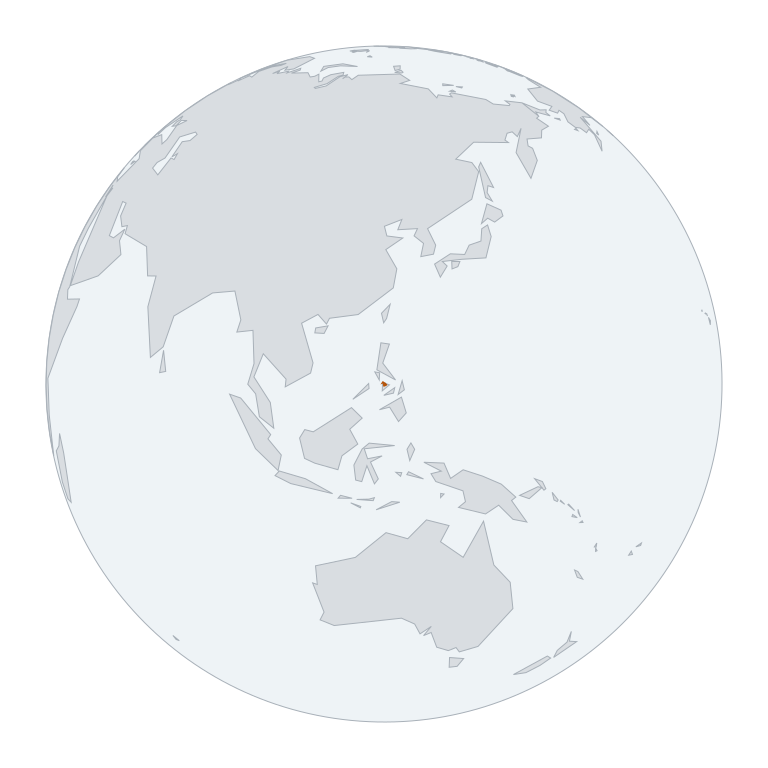 globe centered on Aklan, rotated 7°
{"feature_id": "PHL-2525", "entity_name": "Aklan", "entity_type": "Province", "adm_level": 1, "iso_a3": "PHL", "parent_name": "Philippines", "parent_adm1": "", "projection": "orthographic", "projection_center": [122.165, 11.627], "detail": "fine", "context": "on_globe", "style": "filled", "palette": "amber", "viewbox_px": 768, "rotation_deg": 7, "n_neighbors": 0, "source": "natural_earth", "source_scale": "10m", "svg_char_len": 9863}
<svg xmlns="http://www.w3.org/2000/svg" viewBox="0 0 768 768"><g transform="rotate(7 384 384)"><circle cx="384" cy="384" r="338" fill="#eef3f6" stroke="#a8b0b8"/><path d="M658.9,510.4L658.5,512.7L658.2,513.1L658.9,510.4ZM569.8,101.7L557.3,94.4L548.4,94.4L556.9,102.2L546.2,95.3L569.8,116.6L572.1,126.4L562.5,110.9L556.2,106.2L554.4,109.9L547.5,106.0L542.7,106.0L534.6,101.4L529.6,93.8L524.3,91.0L523.3,94.0L514.6,92.1L516.8,88.0L501.9,84.5L490.8,73.7L503.3,70.4L490.3,64.4L487.3,62.3L516.0,72.9L543.5,86.1L569.8,101.7ZM700.7,285.5L697.9,278.3L700.2,281.3L700.7,285.5ZM695.8,275.0L696.8,277.2L695.9,275.6L695.8,275.0ZM694.8,274.6L695.5,274.9L695.0,275.3L694.8,274.6ZM693.7,275.0L694.2,274.5L694.3,274.8L693.7,275.0ZM691.1,273.4L690.4,272.7L690.5,271.5L691.1,273.4ZM581.4,109.7L576.9,106.6L574.3,104.8L576.4,106.2L581.4,109.7ZM564.5,109.3L564.6,107.3L566.8,110.8L564.5,109.3ZM543.4,106.9L545.6,108.9L542.1,108.1L543.4,106.9ZM526.7,100.6L520.5,99.3L525.9,99.2L526.7,100.6ZM516.3,97.6L501.5,95.5L505.0,99.4L486.7,88.1L505.4,93.0L511.5,92.1L511.6,94.8L516.3,97.6ZM485.0,61.5L483.8,61.2L476.9,59.1L485.0,61.5ZM476.6,59.0L478.0,59.8L465.7,56.4L462.1,55.3L465.0,55.9L476.6,59.0ZM463.3,55.5L458.3,54.4L459.1,54.5L463.3,55.5ZM479.0,82.7L474.6,81.4L478.2,81.4L479.0,82.7ZM484.4,61.9L481.6,61.5L470.8,58.6L468.3,58.2L465.2,56.3L484.4,61.9ZM457.6,54.2L456.7,54.0L454.1,53.4L455.2,53.7L457.6,54.2ZM435.8,50.1L434.4,49.9L434.7,49.9L435.8,50.1ZM457.9,54.7L454.0,53.8L458.6,55.2L450.7,53.6L450.1,52.9L447.0,52.6L444.6,52.1L446.8,52.1L457.9,54.7ZM433.1,49.7L431.2,49.5L428.8,49.1L433.1,49.7ZM440.2,51.0L434.6,50.0L437.3,50.3L442.9,51.3L440.2,51.0ZM445.6,53.0L457.8,55.6L457.5,55.8L445.6,53.0ZM427.5,49.0L428.4,49.2L426.4,48.9L427.5,49.0ZM439.4,51.5L443.8,52.3L443.3,52.4L439.4,51.5ZM426.6,49.3L425.5,48.9L429.2,49.4L426.6,49.3ZM432.0,50.2L430.4,50.3L431.2,49.7L434.1,50.5L432.0,50.2ZM438.3,51.5L439.4,51.9L436.5,51.2L438.3,51.5ZM413.1,48.3L413.3,47.6L421.6,48.3L420.3,48.8L413.1,48.3ZM99.9,201.0L94.4,210.9L94.4,215.3L113.5,190.2L113.8,182.1L124.5,168.1L133.0,163.6L134.4,172.8L138.7,167.9L146.8,152.7L156.4,146.5L150.7,147.1L146.2,153.0L142.5,154.0L146.4,148.9L149.6,146.5L151.8,142.4L135.9,156.1L129.6,163.6L129.7,161.5L119.2,174.2L117.5,176.3L134.7,155.9L153.4,137.0L173.6,119.6L195.1,103.8L192.1,106.2L194.6,104.9L205.1,98.4L201.9,101.1L213.0,94.4L215.4,95.5L221.7,89.0L234.2,82.9L242.8,80.4L248.0,77.6L234.1,82.0L227.5,85.1L220.0,89.3L203.1,98.6L202.9,98.7L225.2,85.7L248.5,74.4L270.4,68.1L275.3,69.2L256.0,82.3L247.4,84.6L250.0,80.6L235.6,89.4L242.5,86.2L239.9,89.0L251.1,85.2L249.8,87.1L262.9,80.8L262.5,82.7L254.2,86.7L270.6,84.3L273.3,88.3L277.7,87.0L281.6,84.4L282.4,92.0L285.6,90.8L286.6,87.7L293.5,83.5L306.1,79.6L305.7,82.4L301.1,84.2L290.9,92.8L278.7,98.1L279.8,99.0L290.3,95.2L302.8,84.4L310.5,81.3L305.7,86.1L308.0,84.1L311.7,83.5L315.0,85.8L320.8,80.7L362.0,74.4L372.5,79.5L363.6,83.7L392.0,85.7L401.6,93.6L402.5,90.4L416.6,90.7L413.8,88.2L415.3,86.8L450.4,89.2L458.3,92.8L474.4,92.4L474.9,91.1L469.9,88.2L486.7,88.1L505.0,99.4L503.1,101.6L515.8,108.1L509.6,112.8L510.3,120.5L496.1,123.4L498.0,130.1L502.8,132.0L508.9,143.4L504.8,162.0L486.9,138.2L488.9,113.5L486.2,122.2L480.5,118.1L475.6,120.1L474.3,127.1L478.1,129.2L443.5,133.1L427.8,152.1L444.2,153.5L452.1,161.7L448.6,189.9L408.3,224.5L418.4,239.9L417.3,249.1L405.0,253.1L406.1,239.6L395.8,233.3L398.3,225.7L378.9,229.2L381.7,218.5L365.2,227.4L368.8,236.7L384.9,236.8L369.4,250.4L382.7,268.1L381.5,287.5L349.9,318.2L321.9,325.4L319.6,331.5L310.0,323.0L294.8,333.7L311.0,371.7L309.8,382.1L286.3,398.9L286.2,391.1L260.5,368.7L254.0,392.8L273.4,416.2L280.0,441.3L264.3,431.7L257.8,409.4L248.8,400.8L252.5,379.6L247.4,346.7L231.6,350.4L234.1,337.8L224.7,309.9L202.8,314.5L167.2,342.1L160.3,374.0L148.9,386.1L140.2,336.1L144.6,304.6L136.2,305.5L131.6,276.5L108.7,266.4L110.0,258.0L104.7,259.8L102.1,249.3L106.0,235.9L102.4,234.7L93.3,270.2L97.7,271.9L107.9,261.9L104.0,274.0L107.1,287.6L87.1,311.5L60.7,324.6L65.9,300.3L86.1,230.9L89.8,224.6L90.2,223.9L91.0,222.4L84.8,232.3L90.9,219.5L71.7,265.2L65.1,284.3L60.2,325.8L58.7,328.9L59.5,338.4L71.4,336.7L69.8,344.5L59.4,377.9L49.7,419.3L55.5,455.5L62.4,484.8L65.0,495.4L58.0,472.9L52.6,449.9L48.8,426.6L46.6,403.1L46.1,379.5L47.3,355.9L50.0,332.4L54.5,309.2L60.5,286.4L68.1,264.1L77.2,242.3L87.9,221.2L99.9,201.0ZM128.0,197.9L134.0,204.0L145.1,185.6L148.3,186.8L150.9,180.6L145.8,184.4L154.2,168.1L161.8,166.0L168.1,159.1L166.3,156.9L151.1,163.7L139.1,186.4L131.8,191.8L128.0,197.9ZM402.0,46.6L402.7,46.6L392.5,46.3L394.3,46.4L386.0,46.8L372.7,46.9L375.7,47.2L369.5,48.1L358.3,48.8L363.9,47.8L347.4,49.6L348.7,48.7L346.7,49.0L343.3,48.9L335.7,49.7L337.9,49.3L334.0,49.8L332.5,50.0L367.1,46.5L402.0,46.6ZM425.0,48.6L425.5,48.6L421.4,48.2L419.9,48.1L417.3,47.7L418.2,47.9L412.6,47.5L411.8,47.7L406.8,47.3L410.5,48.3L394.3,47.6L387.0,47.0L404.5,46.8L404.3,46.7L408.3,47.0L425.0,48.6ZM309.5,57.7L313.9,56.3L315.5,56.2L327.6,53.9L327.7,54.9L320.4,56.7L309.5,57.7ZM109.7,193.3L105.8,197.0L107.5,193.8L108.5,193.1L109.7,193.3ZM112.4,182.9L112.6,182.7L108.7,188.3L111.0,184.9L112.4,182.9ZM311.6,58.4L316.6,57.2L313.5,58.6L311.6,58.4ZM328.3,55.7L325.8,57.0L329.1,54.8L328.3,55.7ZM205.1,659.3L212.1,663.7L208.8,662.9L205.1,659.3ZM74.5,491.6L87.9,539.5L84.3,536.5L76.7,520.4L66.9,490.3L68.9,485.1L68.0,472.6L74.5,491.6ZM365.4,506.0L375.9,508.4L375.6,509.8L365.4,506.0ZM354.4,499.8L366.3,501.3L352.4,502.9L354.4,499.8ZM370.9,501.9L383.1,500.1L388.3,498.0L387.5,501.1L370.9,501.9ZM346.4,499.1L303.6,494.2L287.0,488.2L290.7,483.1L317.6,487.6L346.4,499.1ZM289.4,482.8L264.3,463.8L232.0,412.9L243.5,415.4L277.7,448.0L275.5,452.6L290.7,467.0L289.4,482.8ZM351.0,460.4L348.7,474.7L324.9,471.0L314.2,467.5L306.8,447.9L310.9,438.9L319.6,440.1L354.6,411.4L366.5,420.5L355.5,433.1L365.3,446.8L351.0,460.4ZM161.1,377.4L165.8,398.1L159.9,400.1L161.1,377.4ZM369.7,390.3L354.9,403.0L368.7,385.4L369.7,390.3ZM378.3,373.4L378.8,380.6L373.4,373.1L378.3,373.4ZM318.4,341.1L309.1,341.7L309.4,336.7L321.4,333.1L318.4,341.1ZM380.4,304.1L378.6,318.6L376.2,323.3L372.9,314.1L380.4,304.1ZM319.0,72.1L302.1,73.5L290.0,76.7L283.2,81.2L285.5,76.1L304.2,71.2L319.0,72.1ZM356.7,73.5L362.6,70.5L364.9,72.2L363.9,73.1L356.7,73.5ZM356.8,71.5L354.8,67.5L361.3,66.2L361.6,69.5L356.8,71.5ZM332.5,61.0L327.5,61.2L330.1,59.9L332.5,61.0ZM579.3,634.1L582.8,635.7L573.1,644.3L560.0,653.2L547.9,656.6L579.3,634.1ZM483.2,657.2L482.4,647.5L496.5,646.8L491.0,655.3L483.2,657.2ZM588.5,627.2L597.1,617.9L600.1,606.7L599.4,616.7L606.6,616.2L585.7,634.7L588.5,627.2ZM429.9,614.3L364.0,629.8L349.3,625.9L352.3,617.7L337.4,590.1L342.2,591.1L338.2,572.8L376.7,559.6L404.1,531.3L426.4,534.7L442.7,513.7L465.8,516.6L459.3,533.7L483.7,546.4L499.5,508.0L515.1,550.3L533.4,565.4L539.3,591.2L509.3,633.0L491.4,640.7L487.6,636.8L480.3,640.8L468.4,638.8L461.1,624.9L453.9,628.9L460.5,618.8L450.2,627.6L443.7,618.5L429.9,614.3ZM595.8,545.4L599.3,546.5L605.1,553.5L599.4,552.3L595.8,545.4ZM649.8,519.7L651.4,522.9L647.7,524.1L649.8,519.7ZM658.2,513.1L653.8,514.9L658.9,510.4L658.2,513.1ZM614.0,520.9L615.8,523.5L614.4,524.4L614.0,520.9ZM612.6,520.1L614.6,515.9L614.4,520.1L612.6,520.1ZM595.3,497.7L597.4,495.6L598.4,497.2L595.3,497.7ZM391.5,509.8L406.0,499.8L414.1,499.4L391.5,509.8ZM592.1,493.1L586.7,492.7L587.2,490.5L592.1,493.1ZM592.4,487.9L591.8,484.7L595.2,492.1L592.4,487.9ZM581.9,480.7L588.6,486.4L581.2,481.4L581.9,480.7ZM578.0,481.4L573.2,478.8L573.5,477.9L578.0,481.4ZM524.8,484.1L542.6,503.6L528.5,502.6L512.6,490.3L500.6,500.6L473.0,497.4L479.2,490.9L475.4,480.4L447.3,474.5L441.6,467.3L451.5,463.5L433.1,456.8L453.2,455.2L461.6,469.6L473.0,459.5L493.0,463.4L512.6,469.1L528.6,480.2L524.8,484.1ZM453.6,485.7L457.0,485.9L454.0,489.9L453.6,485.7ZM564.1,471.0L571.0,477.9L570.2,479.6L566.9,478.4L564.1,471.0ZM532.2,478.0L549.3,467.2L553.4,467.6L542.1,480.1L532.2,478.0ZM545.0,459.6L553.1,461.5L557.4,468.2L555.7,469.9L545.0,459.6ZM412.4,469.8L411.7,473.6L406.5,470.2L412.4,469.8ZM419.1,468.1L434.8,473.4L417.7,471.2L419.1,468.1ZM372.3,450.7L376.8,460.2L390.9,455.6L380.1,463.1L389.9,478.9L386.7,484.3L377.0,467.2L373.8,483.6L367.6,482.8L364.0,468.1L370.2,451.2L376.5,444.5L402.1,443.8L372.3,450.7ZM418.9,456.9L414.8,446.0L417.9,439.2L422.4,445.1L418.9,456.9ZM403.0,419.5L392.4,406.3L382.6,410.1L402.9,394.9L409.6,410.0L403.0,419.5ZM394.5,391.9L385.2,395.3L395.1,386.3L394.5,391.9ZM383.1,391.0L382.4,382.4L389.5,384.2L383.1,391.0ZM399.3,392.7L401.6,378.5L404.9,387.3L399.3,392.7ZM380.2,363.4L395.0,378.6L375.2,370.8L375.9,343.5L384.5,343.7L380.2,363.4ZM437.5,261.5L436.3,254.1L444.4,253.2L443.0,258.5L437.5,261.5ZM469.8,246.4L446.2,250.7L427.0,255.3L432.3,259.2L426.9,271.1L419.6,258.8L434.0,246.7L448.3,245.6L451.6,235.8L462.8,230.3L462.1,218.0L467.4,213.5L472.4,224.6L469.8,246.4ZM461.2,212.9L464.2,192.6L479.0,197.2L481.6,202.7L474.1,209.8L466.7,206.8L461.2,212.9ZM469.2,189.3L462.1,186.6L451.5,157.0L452.9,152.2L468.8,175.6L463.0,174.5L463.0,181.4L469.2,189.3ZM475.3,83.0L474.7,81.6L477.9,83.3L475.3,83.0ZM413.4,85.4L416.0,83.9L419.7,85.4L413.4,85.4ZM425.1,80.7L419.1,80.0L425.6,79.6L425.1,80.7ZM405.7,78.9L416.8,79.1L406.0,80.7L405.7,78.9Z" fill="#d9dde1" stroke="#a8b0b8" stroke-width="1"/><path d="M382.2,383.2L382.3,383.0L382.3,382.9L382.4,382.7L382.5,382.4L382.7,382.2L382.8,382.2L382.9,382.3L383.0,382.3L383.4,382.6L383.5,382.7L383.6,382.8L384.4,383.0L384.6,383.1L384.8,383.2L384.9,383.3L385.0,383.4L385.3,383.4L385.5,383.8L386.0,384.2L386.4,384.3L386.5,384.4L386.4,384.5L386.2,384.7L386.1,384.8L386.0,385.0L385.9,385.0L385.7,385.0L385.3,385.0L385.2,385.1L385.2,385.3L385.1,385.5L384.5,385.8L384.3,385.8L384.1,385.8L384.1,385.7L384.1,385.4L384.0,385.2L383.9,385.1L383.8,384.9L383.8,384.6L383.8,384.4L383.9,384.2L383.8,383.9L383.9,383.6L384.0,383.5L384.0,383.4L383.9,383.2L383.5,383.0L383.3,382.8L383.1,382.8L382.9,382.8L382.6,382.9L382.4,383.1L382.2,383.2Z" fill="#f59e0b" stroke="#b45309" stroke-width="1.5"/></g></svg>